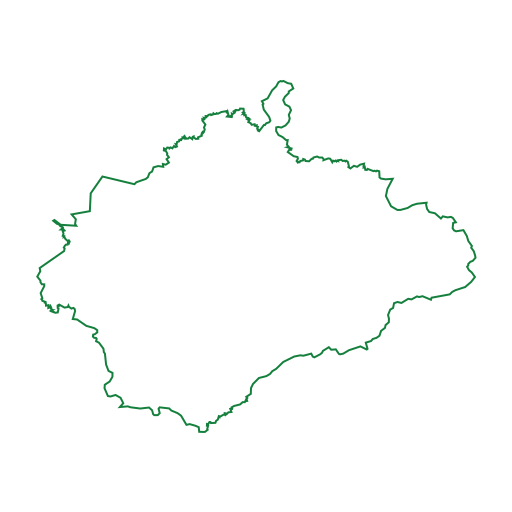 West Akim, Eastern, Ghana (Robinson projection), rotated 268°
{"feature_id": "2480657B57614018833162", "entity_name": "West Akim", "entity_type": "district", "adm_level": 2, "iso_a3": "GHA", "parent_name": "Ghana", "parent_adm1": "Eastern", "projection": "robinson", "projection_center": [-0.668, 5.908], "detail": "fine", "context": "isolated", "style": "outline", "palette": "green", "viewbox_px": 512, "rotation_deg": 268, "n_neighbors": 0, "source": "geoboundaries", "source_scale": "gbopen_adm2", "svg_char_len": 6043}
<svg xmlns="http://www.w3.org/2000/svg" viewBox="0 0 512 512"><g transform="rotate(268 256 256)"><path d="M227.4,474.1L232.1,471.0L234.4,468.4L237.9,466.6L239.2,467.8L240.6,467.8L242.7,470.0L243.6,472.5L246.6,475.3L248.9,475.0L253.2,473.8L256.7,471.4L258.5,472.1L263.6,468.7L268.6,467.4L274.6,464.2L273.7,456.8L274.7,454.8L276.9,453.5L282.2,454.2L282.7,456.9L287.1,454.1L288.3,452.2L287.9,448.8L289.1,444.1L287.0,442.1L292.5,436.3L293.9,430.7L297.1,428.6L301.3,427.8L303.3,428.3L302.6,418.7L301.3,413.9L298.7,409.2L297.0,402.0L297.1,398.9L301.0,392.7L311.4,387.9L318.6,389.7L328.4,395.3L328.1,388.3L329.0,383.6L330.2,382.2L336.4,382.1L337.1,379.9L336.4,378.9L337.1,377.4L336.7,376.4L339.2,370.5L338.1,369.8L338.3,368.2L340.6,367.9L340.6,366.8L341.7,367.5L341.9,366.6L344.5,367.2L343.7,363.3L341.6,360.2L342.7,357.0L340.2,353.4L341.7,351.4L342.5,352.0L347.0,351.0L348.1,349.5L347.4,348.7L348.2,347.6L347.9,346.0L349.2,344.5L348.8,341.1L348.0,341.3L348.3,340.5L347.6,339.7L348.6,338.8L347.9,337.6L348.6,336.4L347.0,335.5L350.6,333.6L351.0,331.6L349.4,326.8L350.4,327.0L352.1,325.6L352.2,322.6L353.3,320.5L352.4,316.8L351.2,316.2L351.2,315.0L348.8,312.4L349.2,308.8L350.6,308.3L351.3,306.6L349.9,306.3L349.4,303.6L348.2,302.8L348.6,301.9L347.9,301.1L349.5,299.9L351.8,301.3L353.5,300.9L354.4,297.2L358.8,291.4L361.0,292.9L360.9,294.9L362.2,295.3L363.6,291.0L364.0,292.5L366.2,290.8L370.7,291.7L370.7,290.2L374.0,286.6L376.1,282.7L380.2,280.5L383.8,280.7L384.2,282.6L383.5,285.8L385.4,290.0L389.0,293.4L392.2,294.5L395.9,293.7L400.5,296.1L404.1,294.6L406.5,290.4L410.9,288.6L414.2,290.5L417.7,294.4L419.3,294.5L422.1,299.1L426.9,297.2L427.6,293.8L430.0,289.5L429.5,288.0L430.0,286.7L428.9,284.5L424.8,282.1L421.0,277.9L413.1,273.1L410.5,267.3L407.8,268.7L407.1,267.9L402.0,268.9L394.5,274.0L390.7,275.1L389.2,273.9L388.3,270.9L386.6,269.5L386.7,268.5L380.6,263.5L381.3,262.3L382.3,262.7L383.1,261.6L385.0,262.4L385.6,260.9L386.6,261.2L386.3,259.3L387.7,259.2L387.3,256.2L388.9,255.3L390.1,253.0L391.6,254.0L392.8,252.3L393.2,254.3L394.2,253.2L394.1,251.2L394.5,252.2L395.1,250.9L397.2,250.6L397.1,249.2L398.9,249.5L398.6,248.2L399.6,249.1L400.0,248.1L400.6,248.9L403.6,248.7L403.9,245.2L402.8,244.7L402.3,243.2L402.7,240.9L401.6,239.1L401.1,240.3L400.1,239.7L400.5,239.0L399.6,239.1L398.7,237.7L399.2,236.8L396.4,236.8L396.7,235.6L395.8,235.9L396.4,231.9L398.0,233.3L400.8,232.7L400.0,232.4L400.5,231.7L401.9,232.0L401.1,226.4L399.5,222.9L400.1,221.6L399.4,221.1L399.3,219.3L400.1,218.4L398.9,217.9L398.4,216.0L399.2,215.7L398.7,213.4L397.6,212.5L397.6,210.7L396.3,211.1L396.0,209.5L395.4,210.2L395.8,208.9L394.8,209.4L394.2,208.7L394.7,207.1L393.2,207.1L389.2,210.0L386.2,208.5L384.3,209.2L381.8,208.2L382.1,207.2L381.0,206.4L380.7,207.3L379.1,205.7L378.1,206.0L376.6,202.2L375.2,202.4L375.1,199.9L376.7,197.9L377.7,197.9L377.3,196.9L375.0,196.4L377.0,193.7L375.7,192.3L375.7,190.6L376.6,189.9L376.0,189.4L378.4,188.7L377.7,187.8L376.3,187.9L376.8,186.7L376.0,186.8L375.3,185.0L374.5,185.1L374.7,183.4L373.3,183.2L372.7,181.1L370.4,180.6L370.6,179.7L368.2,180.8L367.6,179.1L368.8,177.9L366.5,176.2L367.5,174.5L366.5,173.2L367.2,172.9L367.5,171.1L365.8,169.7L366.7,167.8L364.7,167.6L364.1,169.6L361.5,170.9L360.2,170.6L357.7,172.4L355.9,170.0L352.4,172.2L350.4,168.9L351.2,166.2L348.4,166.4L349.3,161.4L348.2,156.7L344.1,155.1L342.5,152.4L338.4,150.6L336.8,148.4L333.9,139.0L332.0,137.0L340.8,105.3L324.4,93.0L306.6,91.5L304.0,73.2L299.0,77.2L294.3,76.3L292.5,77.4L294.0,61.9L299.0,55.8L298.3,54.6L295.2,58.1L294.6,60.0L292.6,61.5L291.6,63.8L291.0,64.1L289.3,62.0L289.2,64.6L288.1,65.5L287.6,63.7L285.0,64.4L282.9,63.6L282.6,65.0L281.6,64.6L281.8,65.2L279.8,66.0L277.5,68.4L278.2,69.5L277.0,70.3L275.0,69.4L275.6,68.5L274.0,68.2L274.0,66.5L273.0,65.4L271.1,64.2L270.2,65.0L267.7,64.4L251.5,39.4L248.3,39.9L243.0,36.7L238.9,39.7L237.3,39.7L235.2,41.0L235.1,43.4L233.2,43.3L226.4,39.5L221.2,41.0L220.4,40.0L219.0,41.1L218.9,40.3L217.5,43.9L216.7,43.4L216.3,44.3L213.7,44.4L214.1,46.8L211.3,46.6L211.8,48.1L213.2,48.8L211.8,49.5L210.9,49.1L209.8,50.2L208.9,49.3L208.9,50.3L208.5,49.6L207.9,50.8L207.6,50.2L206.3,53.3L206.5,55.9L210.2,56.8L210.9,56.0L213.0,56.0L212.8,57.0L213.9,56.8L214.3,57.6L211.1,62.9L211.6,66.1L213.0,66.8L211.8,67.2L209.9,69.7L210.5,71.7L209.4,72.9L207.3,73.3L199.4,70.7L198.8,75.0L192.1,84.0L189.6,91.8L187.5,94.7L185.2,94.7L183.4,92.1L183.1,90.5L181.1,90.2L179.9,91.4L179.7,93.2L178.7,93.9L176.4,93.2L174.9,96.0L168.7,100.3L165.2,100.6L163.8,101.6L152.7,102.4L146.3,104.6L144.2,108.5L140.3,108.3L135.7,105.4L132.6,100.4L129.2,100.0L121.2,103.1L120.7,105.7L122.0,110.8L119.0,115.7L113.5,118.2L109.8,114.7L110.2,122.6L109.2,125.3L107.6,135.0L108.3,143.8L105.4,146.8L101.5,147.7L100.5,148.8L100.4,152.3L102.3,154.3L106.7,153.3L108.1,154.4L106.7,163.9L104.5,166.0L101.7,172.1L99.1,175.5L89.7,180.6L90.3,183.9L88.4,189.7L86.9,192.8L82.3,193.1L82.0,197.3L82.0,198.9L84.0,201.6L84.7,201.2L88.0,202.2L88.1,201.0L89.9,201.2L89.7,202.3L91.7,203.7L91.6,204.7L90.6,205.1L90.7,209.6L92.7,210.4L93.8,212.1L97.0,213.2L96.4,213.9L97.1,214.0L96.9,214.9L99.0,218.8L98.0,219.7L98.6,220.5L99.9,219.8L99.5,221.8L100.7,222.9L101.0,226.0L104.0,225.0L104.0,227.6L104.7,226.1L105.5,226.2L106.9,228.9L108.2,234.9L110.4,237.6L110.3,239.7L112.2,240.7L111.3,240.9L111.5,242.1L113.3,241.6L114.4,242.4L115.6,241.4L118.4,246.0L124.2,246.4L128.3,248.6L134.0,254.7L135.6,262.2L137.7,266.0L140.3,268.2L142.5,272.2L149.2,279.6L154.2,290.7L155.2,296.8L154.7,299.9L156.5,307.8L153.5,309.2L152.7,310.8L155.5,316.7L157.1,318.7L158.8,319.5L162.3,325.6L159.7,327.9L159.9,332.5L155.3,335.4L154.8,336.6L155.4,339.8L158.6,345.6L162.0,357.2L158.7,363.4L159.3,364.2L165.6,362.7L167.0,368.0L169.0,369.8L170.0,373.6L172.0,376.6L176.8,378.4L179.7,382.4L182.5,383.1L185.1,386.4L188.7,386.7L192.4,385.9L197.8,388.3L199.3,391.2L204.0,392.3L205.1,395.8L204.0,399.7L207.9,406.6L207.2,409.9L210.0,415.5L209.3,417.6L210.0,421.0L206.2,429.3L208.2,430.0L210.9,448.3L213.3,450.9L214.9,454.2L217.7,464.0L222.7,470.2L227.4,474.1Z" fill="none" stroke="#15803d" stroke-width="2"/></g></svg>